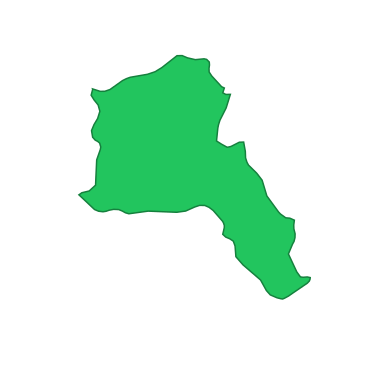 the Department of Nueva Segovia, rotated 233°
{"feature_id": "NIC-667", "entity_name": "Nueva Segovia", "entity_type": "Department", "adm_level": 1, "iso_a3": "NIC", "parent_name": "Nicaragua", "parent_adm1": "", "projection": "natural_earth1", "projection_center": [-86.233, 13.77], "detail": "fine", "context": "isolated", "style": "filled", "palette": "green", "viewbox_px": 384, "rotation_deg": 233, "n_neighbors": 0, "source": "natural_earth", "source_scale": "10m", "svg_char_len": 1624}
<svg xmlns="http://www.w3.org/2000/svg" viewBox="0 0 384 384"><g transform="rotate(233 192 192)"><path d="M257.8,100.0L257.7,103.6L254.7,110.5L255.5,119.1L275.0,135.2L281.0,144.2L282.8,146.2L286.7,147.7L289.2,147.1L291.7,145.9L295.5,145.6L301.5,148.7L304.8,154.3L307.5,160.9L311.9,167.0L318.0,169.4L324.4,169.2L330.0,169.7L333.7,174.4L334.2,174.6L327.6,179.3L324.9,183.0L323.2,188.2L322.8,203.5L322.0,207.8L320.8,211.7L312.8,227.3L310.3,234.8L309.5,242.8L309.9,262.0L306.9,266.2L301.9,269.1L295.7,274.3L291.1,281.8L289.1,283.5L285.4,284.0L282.9,282.4L280.5,280.0L277.5,277.9L272.7,277.6L258.3,279.0L255.6,280.4L252.7,276.3L249.6,277.7L246.9,281.4L238.6,269.9L232.5,257.5L229.8,253.7L227.5,251.1L218.0,242.3L212.6,244.3L206.6,247.0L205.8,248.5L204.9,250.6L203.3,259.7L200.8,263.3L192.3,259.0L187.0,255.3L182.7,253.8L179.5,253.3L168.0,255.0L159.2,255.1L143.8,249.4L123.9,249.1L121.2,249.4L115.0,251.3L112.2,254.4L107.9,256.8L104.4,253.4L101.3,251.2L96.6,249.2L93.6,246.8L91.1,243.7L89.9,241.0L84.5,231.7L65.1,227.6L59.0,227.5L57.8,228.6L56.9,229.6L54.8,232.9L52.5,234.9L51.4,233.9L50.3,232.2L49.8,229.3L50.6,212.1L50.8,206.5L51.5,202.0L52.0,200.0L53.3,198.7L56.4,196.2L62.7,192.6L68.5,192.1L80.5,193.8L103.0,188.9L113.9,188.1L123.0,193.9L127.9,195.4L131.9,194.0L135.7,191.8L139.7,191.1L144.0,196.2L145.7,197.6L148.3,198.5L150.2,198.8L164.5,197.8L169.5,196.4L173.6,194.1L176.8,189.9L178.4,185.1L180.6,175.5L185.0,167.6L203.1,145.5L212.6,128.5L215.5,126.3L218.7,124.9L222.1,122.9L225.3,119.0L227.3,114.9L228.3,111.8L229.8,109.0L232.9,105.8L236.7,103.6L257.8,100.0Z" fill="#22c55e" stroke="#15803d" stroke-width="1.5"/></g></svg>